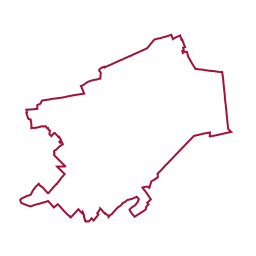 Nicseni, Botosani, Romania, rotated 96°
{"feature_id": "2599482B7435207747893", "entity_name": "Nicseni", "entity_type": "district", "adm_level": 2, "iso_a3": "ROU", "parent_name": "Romania", "parent_adm1": "Botosani", "projection": "natural_earth1", "projection_center": [26.665, 47.868], "detail": "fine", "context": "isolated", "style": "outline", "palette": "rose", "viewbox_px": 256, "rotation_deg": 96, "n_neighbors": 0, "source": "geoboundaries", "source_scale": "gbopen_adm2", "svg_char_len": 5894}
<svg xmlns="http://www.w3.org/2000/svg" viewBox="0 0 256 256"><g transform="rotate(96 128 128)"><path d="M225.5,159.8L225.1,159.1L225.1,158.3L225.2,157.8L225.0,157.4L224.7,157.3L224.6,157.0L224.2,156.5L221.6,154.8L221.9,154.4L222.6,153.6L223.6,152.5L221.9,151.4L221.1,151.0L219.6,149.9L217.2,148.4L216.0,149.7L214.0,148.5L212.3,147.7L211.1,147.3L210.9,147.3L211.2,146.9L211.4,146.6L212.3,145.5L213.3,144.5L213.6,144.3L214.5,143.2L215.0,142.8L215.5,142.1L215.2,141.8L215.6,141.4L215.7,141.1L216.0,140.9L216.8,139.0L217.0,138.7L217.7,138.3L218.6,138.1L218.0,137.6L216.7,136.9L216.0,136.0L214.8,134.7L212.5,133.2L210.9,132.0L210.3,131.5L208.9,130.5L207.4,129.1L207.0,128.5L205.2,126.5L204.7,126.2L203.7,125.9L203.2,125.4L202.7,124.7L202.1,123.6L201.7,123.0L201.2,122.5L200.1,121.7L199.9,121.4L199.4,120.5L199.0,119.0L198.6,118.3L198.3,117.4L197.7,116.0L197.3,115.3L197.0,114.7L196.5,114.1L195.9,112.7L195.5,112.2L197.6,109.8L197.8,109.8L198.1,110.0L199.0,110.0L199.4,110.2L199.6,110.3L199.7,110.5L200.2,110.5L200.5,110.6L202.2,111.7L203.4,112.3L204.0,112.9L205.0,113.9L205.5,114.7L206.6,115.8L207.0,116.4L207.8,117.1L209.1,118.0L211.4,116.4L211.7,116.0L212.5,115.4L215.6,112.1L215.4,111.9L215.1,111.6L213.9,110.1L212.9,108.9L212.4,108.1L211.9,107.7L211.4,106.9L210.7,106.2L209.9,104.9L209.3,104.4L208.9,103.9L208.5,103.3L208.1,103.0L207.0,101.7L205.9,101.9L204.7,101.8L203.2,100.8L201.9,99.6L200.4,101.1L196.6,97.8L195.7,98.5L195.4,98.7L195.1,99.0L190.0,103.3L185.9,107.4L185.4,107.1L185.1,105.8L184.7,104.6L184.4,103.4L184.3,102.0L185.0,101.1L185.3,100.5L178.6,99.2L176.4,96.1L176.2,95.6L175.9,95.3L175.6,95.3L174.3,93.7L174.0,93.2L172.0,93.4L170.5,93.9L170.1,93.5L168.3,92.2L167.3,91.3L165.4,89.8L164.7,89.4L163.2,88.1L162.3,87.7L159.3,85.2L129.0,61.7L126.5,54.5L125.7,52.4L123.9,46.0L127.8,45.9L127.9,45.7L126.1,39.8L121.1,25.0L119.4,27.2L118.6,28.0L118.2,28.2L117.9,28.4L105.8,31.0L99.1,32.3L98.0,32.6L95.9,33.0L88.0,34.8L84.9,35.2L83.1,35.7L81.4,36.0L75.1,37.4L69.7,38.4L62.5,40.2L62.7,41.2L62.6,46.4L62.4,48.9L62.6,50.4L62.6,51.2L62.5,52.0L62.6,53.5L62.4,55.6L62.5,56.6L62.1,60.0L62.3,62.1L62.3,63.0L62.2,63.6L62.2,64.1L62.2,66.0L62.2,67.2L61.8,67.3L58.4,70.1L55.0,72.6L53.3,73.7L50.9,75.6L46.2,77.3L46.3,78.3L46.3,79.2L46.4,79.7L46.6,80.2L46.9,80.6L47.6,81.3L45.7,82.0L45.2,80.6L42.4,81.6L41.7,79.7L34.4,83.4L34.8,84.0L30.5,85.8L32.1,88.6L34.0,91.6L34.9,92.6L30.8,94.7L32.9,99.3L34.4,103.4L35.4,105.4L35.9,107.6L36.5,108.9L37.2,110.7L37.6,111.3L40.1,112.9L41.4,113.9L44.4,115.7L45.2,116.3L45.8,116.8L47.0,117.6L47.0,117.9L48.0,119.5L52.1,126.5L54.8,131.3L55.1,131.5L55.5,131.9L56.7,134.6L57.8,136.3L59.3,139.0L60.7,141.2L61.5,142.9L62.7,144.9L67.0,152.1L69.0,155.7L69.5,156.6L69.9,157.2L70.4,157.8L70.3,158.1L69.8,158.3L70.1,158.6L70.3,159.0L70.3,159.4L70.3,159.7L70.4,160.0L70.7,160.4L71.9,161.7L72.7,162.5L73.2,162.8L73.9,162.6L74.3,162.4L74.8,161.9L75.1,161.4L75.8,160.9L81.8,160.7L82.0,161.7L82.3,162.6L82.7,163.5L83.1,164.1L83.2,164.6L83.5,165.9L84.4,168.8L84.7,169.4L85.4,170.7L85.6,171.4L86.1,172.4L86.3,172.7L86.9,173.5L90.4,177.6L90.9,178.6L91.1,179.2L98.3,175.2L99.8,180.4L100.0,181.2L100.0,181.6L100.9,184.6L101.0,185.1L101.2,186.0L101.6,186.9L101.8,187.9L102.0,188.4L102.9,191.4L103.9,194.1L104.6,196.6L105.2,199.1L106.0,202.4L106.8,205.6L107.0,207.0L107.0,207.3L107.5,208.1L107.7,208.8L108.7,212.5L109.0,214.0L109.1,214.6L109.5,215.2L109.6,216.1L109.8,216.4L110.0,216.6L112.7,217.5L112.9,217.6L113.7,218.8L114.7,220.6L115.0,220.7L118.4,220.1L119.2,223.7L119.9,227.6L120.4,231.0L121.1,230.7L122.4,230.4L123.1,230.0L123.3,230.1L123.4,230.6L123.5,230.7L124.0,230.6L125.5,229.8L127.6,229.0L128.4,228.6L129.5,227.8L129.6,227.7L129.7,227.4L129.7,226.5L129.7,225.7L134.4,224.5L138.3,224.1L137.8,222.8L137.7,221.8L137.8,221.2L137.8,220.9L137.1,219.2L137.1,218.4L137.0,218.0L136.7,217.3L136.4,216.9L136.0,215.4L135.7,215.0L135.6,214.7L135.5,214.1L135.5,213.9L135.2,213.4L135.4,212.5L135.4,212.3L135.2,212.0L135.2,211.4L134.8,210.4L134.9,210.2L136.8,208.1L136.4,207.6L138.3,206.5L138.4,206.0L138.5,205.6L138.9,205.4L140.0,205.3L141.5,205.6L142.4,205.5L144.1,203.3L143.0,202.6L142.3,202.2L141.8,201.8L141.0,201.3L140.7,200.7L140.6,200.4L144.4,195.9L144.0,195.6L146.9,193.3L149.0,194.8L149.8,193.9L148.3,192.8L150.9,191.1L151.8,192.0L152.0,192.2L152.5,193.1L153.1,193.8L153.8,194.4L154.2,194.7L154.5,195.0L155.1,195.6L156.2,196.4L157.3,197.4L157.5,197.7L158.1,198.6L158.6,199.1L159.0,199.2L159.4,199.2L159.7,199.1L160.7,198.4L160.9,198.4L161.7,198.8L162.2,198.9L162.4,198.8L163.3,198.0L172.6,186.4L172.8,186.5L173.2,189.2L173.3,190.4L173.4,191.1L173.8,194.5L173.9,194.4L180.4,186.2L183.4,188.2L184.0,188.8L188.7,191.5L190.5,192.7L190.7,192.8L191.0,192.8L191.1,193.1L191.2,193.3L191.4,193.5L195.6,196.6L201.1,200.3L201.2,200.7L201.1,200.9L200.9,201.2L199.2,203.2L196.2,206.4L195.5,207.3L195.4,208.0L194.7,209.1L194.4,209.6L192.8,210.9L193.2,211.2L193.7,211.7L194.5,212.2L195.3,213.1L195.8,213.5L199.0,215.4L199.8,215.9L203.2,217.3L204.6,217.9L205.0,218.5L205.4,219.4L206.1,221.5L206.8,222.4L208.2,224.7L208.5,225.4L208.8,225.8L210.2,227.4L210.7,227.7L211.0,227.7L211.9,227.3L212.9,226.7L213.6,226.4L213.8,225.9L215.4,220.4L215.5,219.9L215.8,218.2L216.2,217.3L216.2,217.0L215.8,215.7L215.6,215.3L214.8,214.0L213.9,211.9L213.6,211.3L213.3,210.2L211.9,206.6L210.9,204.5L210.6,203.5L209.9,201.8L209.7,201.3L209.4,200.8L209.2,200.4L209.0,199.9L209.1,199.6L214.8,193.4L211.1,189.9L214.0,186.4L217.2,183.0L219.5,180.2L220.8,178.7L221.1,178.1L221.4,177.6L221.5,176.9L221.9,176.6L222.8,176.1L223.0,175.7L222.5,175.2L214.0,168.9L217.3,165.2L217.2,164.9L216.9,164.7L216.1,164.4L216.7,164.1L217.8,163.4L217.8,163.9L218.2,163.7L219.1,162.8L219.7,162.7L220.1,162.6L220.5,162.5L220.9,162.4L221.2,162.3L221.6,162.4L221.8,162.3L222.0,162.1L222.1,161.9L222.7,161.7L223.9,161.0L224.2,160.9L224.3,161.1L224.5,161.2L224.9,160.9L225.1,160.0L225.5,159.8Z" fill="none" stroke="#9f1239" stroke-width="2"/></g></svg>